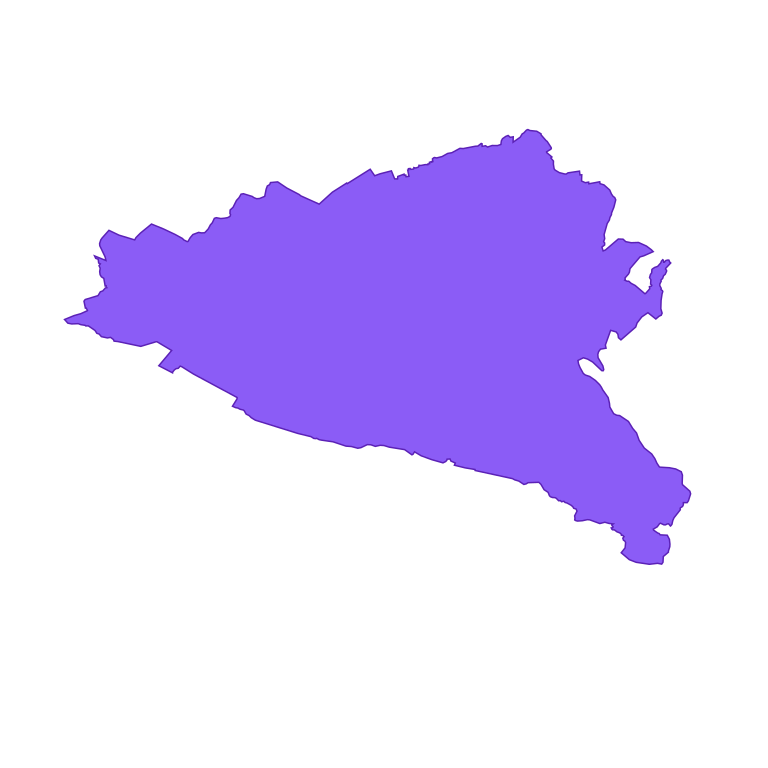 Magiresti, Bacau, Romania, rotated 170°
{"feature_id": "2599482B79930750524298", "entity_name": "Magiresti", "entity_type": "district", "adm_level": 2, "iso_a3": "ROU", "parent_name": "Romania", "parent_adm1": "Bacau", "projection": "robinson", "projection_center": [26.514, 46.524], "detail": "fine", "context": "isolated", "style": "filled", "palette": "violet", "viewbox_px": 768, "rotation_deg": 170, "n_neighbors": 0, "source": "geoboundaries", "source_scale": "gbopen_adm2", "svg_char_len": 6123}
<svg xmlns="http://www.w3.org/2000/svg" viewBox="0 0 768 768"><g transform="rotate(170 384 384)"><path d="M687.4,503.0L684.8,498.8L681.2,497.4L674.6,496.5L672.3,495.1L668.2,493.7L667.7,493.0L665.1,492.6L659.3,486.9L658.0,483.8L655.9,482.7L654.1,479.7L648.4,477.4L645.2,477.4L642.7,474.7L642.4,473.1L638.7,472.0L617.0,463.3L601.1,465.2L600.2,465.0L587.3,453.9L602.6,441.1L590.3,431.7L590.1,432.4L588.1,434.2L586.2,435.2L583.9,435.2L581.6,437.0L580.0,436.0L569.9,426.9L531.0,396.2L531.3,394.9L537.1,388.4L534.3,386.5L532.1,385.7L530.1,384.1L527.1,382.8L526.4,382.1L525.0,378.3L522.3,376.3L520.6,373.9L517.0,370.7L477.5,350.3L465.0,344.8L462.6,342.6L460.5,342.0L459.7,342.2L457.6,340.5L455.4,339.6L444.2,335.9L432.2,329.4L427.0,328.1L421.0,325.3L417.8,325.3L411.0,327.2L407.4,326.4L403.4,324.1L398.4,324.3L394.7,323.4L389.8,320.9L375.1,315.8L368.8,309.4L367.6,309.8L365.7,311.9L359.8,306.8L350.1,301.2L339.6,296.1L336.8,296.9L335.4,297.9L335.0,299.0L332.0,298.7L331.5,296.5L327.5,293.8L328.8,291.8L318.6,287.3L309.2,284.0L309.3,283.0L273.9,268.5L271.9,266.9L268.1,265.0L263.7,260.8L261.2,261.0L259.4,261.8L248.6,260.3L246.9,258.0L244.7,252.1L241.2,248.8L240.5,245.3L239.7,244.1L237.9,243.0L235.1,242.3L234.1,241.4L232.3,238.7L230.5,238.5L229.6,237.2L227.2,237.3L226.3,235.9L224.4,235.0L220.8,232.1L219.4,230.4L218.7,228.6L216.6,227.6L216.0,225.3L219.2,221.0L219.2,218.8L219.8,217.0L218.8,216.1L217.2,215.4L212.3,214.9L207.3,215.1L205.0,214.5L195.7,209.1L190.5,209.5L186.6,207.6L182.6,206.4L184.1,205.7L184.1,205.1L183.2,203.6L183.6,202.8L185.2,202.8L184.8,201.4L184.2,200.7L182.4,200.3L180.3,198.0L177.6,196.4L176.2,194.5L176.4,193.8L175.0,193.3L174.1,192.0L175.6,190.7L175.3,188.6L174.1,187.5L173.6,185.9L175.0,180.8L179.7,176.6L172.9,168.4L166.6,164.6L154.0,160.4L145.7,159.9L141.8,158.4L140.2,160.0L138.9,165.6L133.1,169.0L133.0,169.9L130.8,174.1L130.2,176.7L129.9,181.5L131.3,185.9L138.2,187.5L139.0,189.0L140.3,189.7L143.9,193.3L144.0,194.3L139.7,195.9L136.9,198.6L135.9,198.9L132.8,196.7L131.2,196.4L129.3,197.0L128.0,196.9L126.6,194.4L126.0,194.7L124.8,195.8L123.3,199.4L121.6,201.9L114.0,208.7L114.1,209.6L113.6,210.6L111.3,211.5L110.2,213.0L109.8,215.2L106.1,214.5L104.5,216.1L101.1,222.6L101.4,225.3L107.5,233.0L107.6,234.3L105.9,242.4L106.5,246.0L111.5,249.7L117.5,252.0L126.7,254.2L127.3,254.7L129.0,258.7L130.2,263.4L132.5,268.6L138.8,275.7L142.5,284.2L143.8,291.9L146.8,297.1L149.8,304.7L157.4,312.0L160.2,312.8L163.0,314.9L165.6,322.1L165.3,325.8L165.6,331.7L169.6,340.2L170.5,343.1L171.7,345.8L175.2,350.8L180.1,355.7L184.2,357.9L185.9,359.8L188.1,366.2L188.9,369.9L188.9,373.5L183.1,375.2L179.2,373.2L174.7,369.4L167.2,359.3L165.8,359.0L165.1,360.0L165.3,363.8L168.6,372.7L168.3,376.0L167.1,378.5L164.8,380.7L159.1,380.7L159.2,384.0L151.5,397.5L146.4,395.0L145.0,392.4L145.1,388.9L143.0,386.3L126.2,396.4L124.2,400.1L118.5,405.3L111.7,408.4L105.0,400.8L101.3,403.0L99.0,403.6L97.8,405.5L98.3,410.1L96.6,418.2L94.5,424.5L93.4,426.6L93.6,427.6L94.8,428.9L94.4,430.1L95.3,433.0L95.0,434.6L93.2,437.0L93.2,438.3L91.3,439.5L89.9,442.1L88.0,443.2L86.1,446.0L86.0,446.9L86.8,448.3L86.5,449.0L80.6,453.4L81.5,454.6L81.9,456.5L82.8,456.8L84.9,456.7L86.8,455.2L87.4,455.3L87.4,457.4L87.9,458.0L89.5,456.8L90.3,455.3L94.1,452.3L97.2,451.8L99.7,450.7L100.3,450.2L101.1,447.0L102.6,445.6L104.0,442.7L103.1,440.3L104.1,436.1L103.2,435.0L103.2,434.4L103.8,433.9L105.7,433.8L105.8,431.6L110.7,427.7L111.4,427.6L119.5,437.4L123.1,440.2L125.1,442.7L126.8,443.0L128.9,444.5L128.3,445.0L128.2,446.6L124.1,449.9L122.9,451.5L121.7,454.9L109.8,464.7L106.0,465.1L95.9,467.6L97.4,469.8L101.6,474.3L108.8,479.2L116.0,480.2L121.2,482.2L123.4,485.1L128.1,486.1L142.7,477.5L145.1,477.0L145.6,481.0L142.6,482.6L142.2,484.6L143.0,486.0L141.4,488.8L141.3,492.9L136.3,503.3L133.6,506.3L132.6,508.7L130.6,511.3L130.2,512.9L126.9,518.2L123.8,525.1L124.4,527.6L125.8,529.0L127.0,531.6L128.0,535.8L132.8,541.9L136.5,543.8L136.4,545.7L147.5,545.6L147.4,547.3L150.8,547.3L154.2,549.6L152.9,555.7L154.7,555.9L154.5,559.7L166.2,560.0L167.9,559.2L169.2,559.3L174.6,561.7L178.3,564.9L179.1,566.4L179.0,571.1L178.4,574.1L180.4,577.6L179.2,578.4L183.6,583.7L183.6,584.4L178.8,586.3L178.3,587.0L178.3,587.8L181.2,594.6L182.1,595.5L186.0,602.0L185.9,603.1L189.7,606.4L196.3,608.3L198.1,609.6L199.6,609.3L202.8,606.9L204.5,606.3L207.0,603.4L214.9,599.7L213.8,605.0L216.8,605.0L218.6,607.2L221.1,606.7L224.7,605.0L226.2,603.1L227.3,599.6L230.8,599.1L236.1,600.1L240.9,599.4L242.6,601.0L246.1,601.0L245.7,603.5L246.5,604.0L250.3,602.0L252.8,602.3L265.1,602.1L268.3,602.9L277.0,600.0L281.3,600.0L287.3,597.9L292.9,597.5L295.0,598.3L295.8,598.1L297.2,597.3L297.3,594.5L298.5,594.3L298.5,594.8L300.8,594.4L300.8,593.1L302.7,593.0L302.8,592.4L305.2,592.9L309.7,592.8L311.6,593.3L312.0,592.1L312.7,591.6L315.2,591.2L317.0,591.9L317.0,591.1L317.6,590.6L320.3,590.7L320.8,591.7L322.5,591.8L322.5,590.7L323.5,590.6L323.4,584.2L326.3,584.3L326.3,586.0L327.8,586.0L327.8,587.2L334.4,586.0L335.0,583.6L337.9,584.2L339.7,592.6L351.4,591.7L357.0,590.7L360.3,597.9L385.4,587.7L385.8,588.4L401.5,581.9L416.6,572.4L433.2,583.7L434.7,585.4L445.6,593.8L453.6,601.5L460.8,602.1L462.0,600.2L464.5,599.3L466.2,596.4L468.9,589.5L474.3,588.3L477.3,588.6L479.6,590.0L481.2,591.6L489.4,595.8L491.8,595.8L494.4,592.7L497.4,590.4L502.0,584.2L505.3,582.1L506.1,578.8L505.7,577.3L506.6,575.8L509.1,575.0L512.4,575.0L516.0,575.3L520.3,576.9L522.3,576.6L525.1,572.6L527.4,570.8L530.1,567.3L533.3,564.8L534.4,564.1L537.6,564.5L540.2,565.5L546.2,564.4L549.4,561.8L552.3,558.4L553.1,558.4L556.2,560.7L557.2,562.3L563.8,567.6L574.1,574.9L585.2,581.9L597.7,574.9L602.8,571.3L604.5,569.2L619.1,576.6L628.2,583.1L636.2,576.8L637.9,575.1L639.7,571.7L639.9,569.5L636.6,557.7L636.4,553.9L646.8,560.4L646.1,557.8L643.8,556.5L644.0,552.7L642.5,551.6L644.1,550.0L643.4,547.3L644.5,544.0L644.6,540.9L643.7,538.6L641.6,536.7L641.6,529.0L640.6,529.0L640.7,527.7L640.3,527.0L641.8,526.9L644.8,524.5L647.3,524.1L650.3,520.7L663.5,519.1L664.3,518.5L665.1,517.6L664.9,510.6L664.2,510.6L663.2,508.0L663.4,507.7L670.4,505.9L677.3,505.2L687.4,503.0Z" fill="#8b5cf6" stroke="#5b21b6" stroke-width="1.5"/></g></svg>